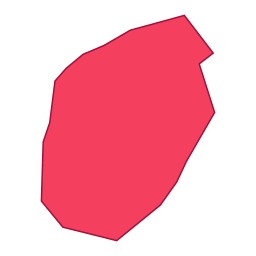 outline of Juršinci
{"feature_id": "SVN-1042", "entity_name": "Juršinci", "entity_type": "Municipality", "adm_level": 1, "iso_a3": "SVN", "parent_name": "Slovenia", "parent_adm1": "", "projection": "equal_earth", "projection_center": [15.978, 46.485], "detail": "fine", "context": "isolated", "style": "filled", "palette": "rose", "viewbox_px": 256, "rotation_deg": 0, "n_neighbors": 0, "source": "natural_earth", "source_scale": "10m", "svg_char_len": 332}
<svg xmlns="http://www.w3.org/2000/svg" viewBox="0 0 256 256"><path d="M49.7,122.8L55.0,81.0L66.4,68.1L83.1,54.3L103.9,45.5L130.3,30.2L184.3,15.4L213.2,53.1L199.2,63.9L214.6,112.5L186.4,161.4L176.7,182.0L160.4,205.0L116.7,240.6L62.9,227.2L41.4,201.1L43.2,141.9L49.7,122.8Z" fill="#f43f5e" stroke="#9f1239" stroke-width="1.5"/></svg>